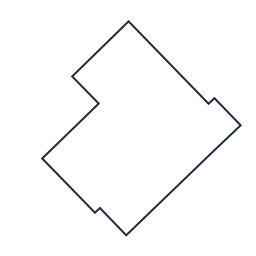 the district of Grundy, Iowa, United States of America, rotated 136°
{"feature_id": "52423323B59450534415384", "entity_name": "Grundy", "entity_type": "district", "adm_level": 2, "iso_a3": "USA", "parent_name": "United States of America", "parent_adm1": "Iowa", "projection": "equal_earth", "projection_center": [-92.822, 42.383], "detail": "fine", "context": "isolated", "style": "outline", "palette": "slate", "viewbox_px": 256, "rotation_deg": 136, "n_neighbors": 0, "source": "geoboundaries", "source_scale": "gbopen_adm2", "svg_char_len": 308}
<svg xmlns="http://www.w3.org/2000/svg" viewBox="0 0 256 256"><g transform="rotate(136 128 128)"><path d="M53.5,204.3L132.3,203.9L132.1,165.9L210.9,165.7L210.6,90.0L203.8,90.0L203.8,52.1L85.1,52.0L45.1,51.7L45.1,89.4L53.2,89.5L53.3,127.8L53.5,204.3Z" fill="none" stroke="#1e293b" stroke-width="2"/></g></svg>